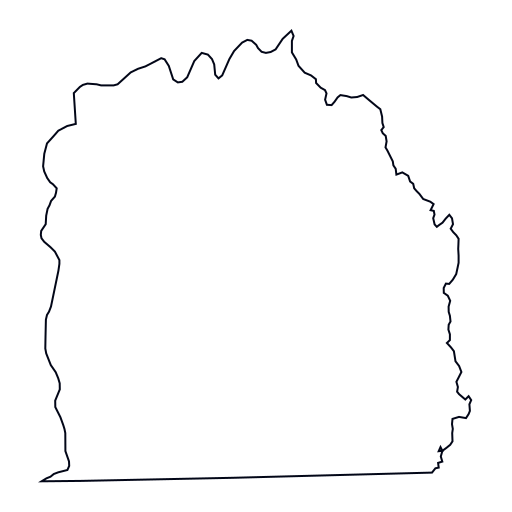 outline of Colorado do Oeste, Rondônia, Brazil
{"feature_id": "56859067B47546071295151", "entity_name": "Colorado do Oeste", "entity_type": "district", "adm_level": 2, "iso_a3": "BRA", "parent_name": "Brazil", "parent_adm1": "Rondônia", "projection": "robinson", "projection_center": [-60.514, -13.137], "detail": "fine", "context": "isolated", "style": "outline", "palette": "ink", "viewbox_px": 512, "rotation_deg": 0, "n_neighbors": 0, "source": "geoboundaries", "source_scale": "gbopen_adm2", "svg_char_len": 2660}
<svg xmlns="http://www.w3.org/2000/svg" viewBox="0 0 512 512"><path d="M432.0,472.6L435.4,468.3L438.7,467.6L438.1,462.9L442.3,461.6L440.8,456.5L442.4,450.8L446.1,448.1L450.2,444.8L452.5,441.3L452.2,433.1L452.8,428.9L452.0,424.2L452.5,418.9L459.0,416.9L466.0,418.1L468.6,414.1L469.9,410.9L469.4,404.3L471.2,400.1L468.6,396.2L465.3,399.5L459.1,394.2L457.1,391.7L457.9,387.0L456.4,381.8L458.1,378.5L461.4,372.0L459.1,366.0L455.5,361.3L453.9,351.2L451.0,347.4L446.9,343.0L449.9,340.1L449.9,334.3L448.4,329.6L448.7,324.7L450.5,321.5L449.9,315.8L448.7,311.9L448.6,306.6L450.2,300.8L447.8,295.7L443.8,292.9L443.7,288.0L445.9,283.6L449.2,283.9L452.8,279.7L456.2,274.1L457.6,267.6L458.6,262.8L458.6,255.6L458.2,248.9L458.4,244.6L458.6,238.8L456.3,235.3L453.2,232.1L450.7,228.7L453.0,224.2L452.0,218.3L449.3,214.8L445.7,218.6L442.5,222.7L439.3,224.9L436.8,226.8L434.6,224.4L433.2,218.2L434.5,214.6L433.8,210.9L430.6,210.2L433.6,204.1L430.3,201.7L423.2,199.0L419.4,193.9L416.6,191.1L414.2,188.3L413.2,183.8L410.1,181.5L408.2,175.8L402.3,172.4L396.4,174.6L395.7,168.8L393.4,165.4L392.8,161.4L387.3,150.4L385.5,147.4L386.6,141.4L385.7,135.9L382.8,133.3L381.3,130.1L383.7,127.1L382.4,123.0L382.1,116.6L380.3,109.2L376.9,106.6L369.1,100.1L363.1,95.0L357.2,97.0L351.3,97.5L346.7,96.1L340.4,95.1L337.6,97.4L334.5,101.8L331.6,105.1L326.9,104.8L325.1,99.7L326.5,93.4L325.0,90.1L320.7,87.7L316.1,83.0L315.9,79.2L311.0,75.4L304.7,72.7L298.5,65.8L296.2,59.5L291.9,52.4L291.9,40.9L293.6,36.0L291.4,30.7L282.7,38.8L275.6,49.4L270.7,52.0L265.9,52.9L261.6,51.8L258.0,48.1L256.2,44.8L251.6,40.7L247.3,39.9L242.1,42.6L234.1,51.0L229.4,59.0L222.2,75.4L218.5,78.4L215.2,74.7L214.2,64.4L212.0,59.1L207.9,54.6L201.7,52.9L194.3,61.0L187.2,77.3L182.3,81.8L177.8,82.4L173.2,79.4L168.8,65.9L164.6,59.3L161.2,58.2L145.4,66.4L138.0,68.8L130.7,72.4L125.0,77.6L117.6,84.3L113.6,85.4L101.1,85.4L96.7,84.3L87.4,83.6L82.9,84.9L79.9,86.9L73.8,93.1L75.8,123.9L67.2,126.0L58.3,130.7L53.6,136.1L47.0,143.4L44.3,153.7L43.1,166.3L44.2,171.4L47.2,178.0L50.2,182.3L52.9,184.2L56.7,188.3L56.0,192.8L54.9,196.6L51.1,200.9L49.5,205.3L47.6,208.8L46.2,215.6L45.7,224.2L41.2,230.9L40.8,234.9L41.5,238.3L44.2,241.8L50.6,247.3L54.9,251.6L59.4,260.1L59.4,263.9L58.4,270.8L51.0,306.5L49.0,311.7L47.0,314.9L45.9,319.6L45.5,337.3L45.3,348.5L46.2,353.4L50.8,365.1L55.7,372.2L58.2,378.2L59.7,383.3L59.8,389.4L55.2,400.6L55.3,407.1L60.4,417.2L63.3,425.2L64.5,429.1L65.3,433.1L65.4,451.1L69.0,461.4L69.2,465.9L67.4,470.0L58.3,472.3L53.8,474.0L50.5,476.7L46.5,478.3L41.6,481.3L81.3,480.9L232.8,477.8L271.0,476.8L432.0,472.6ZM442.4,450.8L438.7,451.2L440.5,447.1L442.4,450.8Z" fill="none" stroke="#020617" stroke-width="2"/></svg>